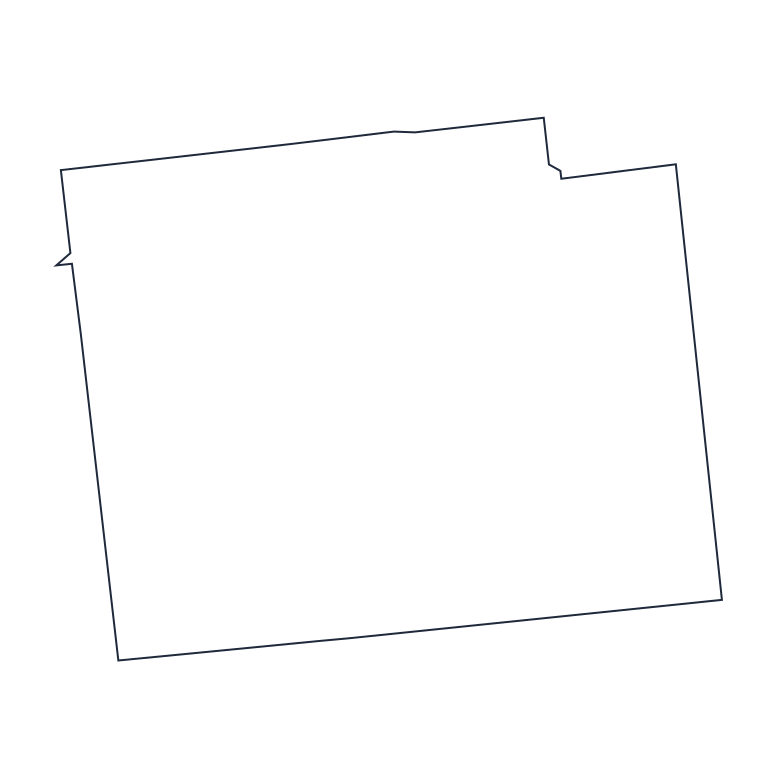 the district of Coffee, Alabama, United States of America, rotated 84°
{"feature_id": "52423323B95617372231955", "entity_name": "Coffee", "entity_type": "district", "adm_level": 2, "iso_a3": "USA", "parent_name": "United States of America", "parent_adm1": "Alabama", "projection": "mercator", "projection_center": [-86.052, 31.4], "detail": "fine", "context": "isolated", "style": "outline", "palette": "slate", "viewbox_px": 768, "rotation_deg": 84, "n_neighbors": 0, "source": "geoboundaries", "source_scale": "gbopen_adm2", "svg_char_len": 379}
<svg xmlns="http://www.w3.org/2000/svg" viewBox="0 0 768 768"><g transform="rotate(84 384 384)"><path d="M631.2,677.1L632.8,476.0L633.2,446.9L634.0,70.5L196.0,70.8L198.4,186.2L190.5,186.3L182.9,197.0L135.9,197.3L137.0,326.8L134.0,347.8L135.6,452.5L137.5,683.0L221.0,682.2L231.8,697.5L231.8,681.8L303.2,680.3L631.2,677.1Z" fill="none" stroke="#1e293b" stroke-width="2"/></g></svg>